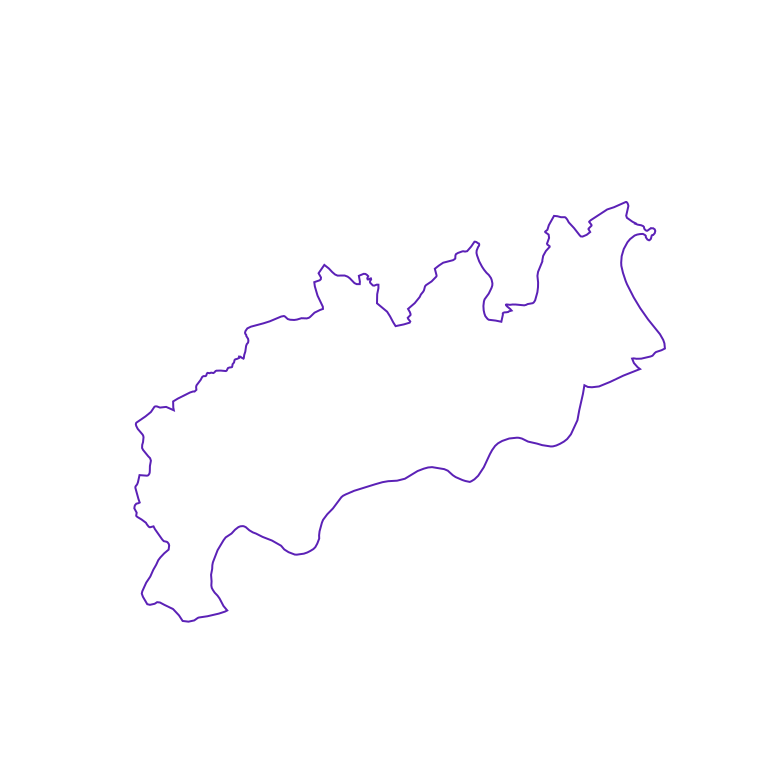 the district of Son Tinh, Quảng Ngãi, Vietnam, rotated 333°
{"feature_id": "81297802B15613357308975", "entity_name": "Son Tinh", "entity_type": "district", "adm_level": 2, "iso_a3": "VNM", "parent_name": "Vietnam", "parent_adm1": "Quảng Ngãi", "projection": "orthographic", "projection_center": [108.755, 15.196], "detail": "fine", "context": "isolated", "style": "outline", "palette": "violet", "viewbox_px": 768, "rotation_deg": 333, "n_neighbors": 0, "source": "geoboundaries", "source_scale": "gbopen_adm2", "svg_char_len": 6150}
<svg xmlns="http://www.w3.org/2000/svg" viewBox="0 0 768 768"><g transform="rotate(333 384 384)"><path d="M179.5,305.5L173.7,303.3L171.4,300.8L170.0,300.1L169.1,300.1L163.7,303.1L156.8,304.6L146.0,306.0L145.3,306.3L144.6,307.2L144.2,308.9L144.2,312.2L145.9,319.3L146.0,320.5L145.6,322.2L142.9,326.4L140.9,328.5L139.4,331.2L139.4,333.4L141.1,341.3L141.9,343.9L141.5,346.5L138.2,350.8L136.0,354.9L134.9,356.7L133.9,357.6L132.5,358.3L131.2,358.1L124.8,354.2L120.1,359.9L118.4,361.4L116.4,362.3L115.7,362.9L115.3,363.8L113.0,375.0L112.5,378.7L111.1,378.7L109.0,378.2L107.0,379.0L106.1,380.0L105.1,381.4L105.2,386.4L103.5,388.7L103.4,389.4L104.0,390.7L106.5,394.7L108.9,399.6L109.0,401.5L109.6,404.4L110.4,405.4L114.0,406.2L114.0,409.3L115.8,421.9L116.4,424.0L118.7,425.9L119.2,426.6L119.6,428.5L119.3,430.3L116.9,433.8L111.3,435.1L106.0,437.0L102.9,438.5L99.0,441.6L94.1,444.8L88.3,449.5L82.0,453.0L74.6,458.9L73.0,460.8L72.6,464.2L73.1,472.7L75.2,474.5L79.9,475.7L82.8,475.4L85.2,477.0L88.0,481.0L93.9,488.8L96.3,497.1L97.0,503.7L101.9,507.0L107.6,508.5L111.9,507.9L113.0,508.0L121.3,510.8L132.6,513.6L138.9,514.6L141.5,514.6L140.2,508.9L140.1,500.4L139.6,497.0L138.4,493.0L138.0,489.7L138.0,487.4L138.7,485.1L140.8,481.5L143.3,475.5L147.0,470.7L148.8,467.5L150.6,465.2L160.3,456.5L170.2,450.3L173.3,448.8L180.3,448.0L185.1,446.2L189.3,445.4L191.4,445.6L193.2,446.3L194.4,447.0L195.8,448.7L197.6,453.2L199.8,456.7L202.0,459.1L206.4,465.1L213.1,472.6L218.9,481.4L220.0,486.1L222.6,490.5L227.1,495.5L228.9,496.5L235.6,498.8L239.2,499.3L242.6,499.3L246.2,499.0L248.7,498.2L252.1,495.9L256.1,492.3L257.5,489.3L259.7,486.0L265.6,479.5L268.0,477.4L274.3,474.3L282.0,471.7L294.6,465.5L296.8,465.0L299.8,465.0L308.9,465.6L330.5,469.3L338.1,470.8L343.6,472.5L351.8,476.1L359.6,477.9L374.4,476.8L381.0,477.5L385.4,478.4L389.1,479.9L399.0,487.2L401.5,490.2L403.9,496.5L405.6,499.5L410.3,505.2L412.5,507.4L416.0,510.2L417.8,510.3L421.3,510.0L426.3,508.5L435.1,503.5L446.5,494.6L450.3,492.0L454.9,489.6L458.7,488.6L463.5,488.4L470.8,489.4L478.1,492.2L479.8,493.2L482.1,495.2L486.2,500.7L493.3,506.6L497.2,510.3L504.3,515.4L506.3,516.3L509.6,517.0L513.6,517.2L518.1,517.0L522.2,516.2L527.7,513.7L539.9,504.1L546.0,496.1L556.8,483.1L562.0,476.1L564.3,479.2L567.8,481.3L574.5,483.8L586.5,484.8L601.1,485.2L618.9,486.9L617.6,484.2L616.2,478.8L616.6,474.0L618.1,474.5L620.5,476.2L624.7,478.2L634.0,480.5L636.1,480.7L639.4,479.3L640.9,479.0L646.7,479.9L650.4,479.9L652.3,475.1L652.8,471.5L652.5,464.9L648.6,446.3L646.7,432.7L645.8,420.2L645.8,405.4L646.1,401.9L647.4,393.4L649.1,386.5L650.4,383.6L653.8,378.0L658.9,372.6L665.3,368.2L669.1,366.6L674.7,365.5L677.4,365.8L680.1,366.6L682.8,367.8L684.1,369.6L684.5,370.9L683.9,372.2L684.3,374.9L685.4,376.3L685.9,376.4L687.7,375.8L690.0,373.2L690.7,373.1L691.5,373.4L693.6,372.6L695.2,370.8L695.3,370.1L695.4,369.1L694.5,367.4L693.1,366.8L692.7,366.3L688.2,367.0L687.6,366.7L686.9,365.8L686.4,363.9L686.9,362.0L686.6,361.0L685.2,359.3L682.4,357.2L680.6,355.2L681.1,355.0L679.1,352.3L675.9,346.2L676.2,344.0L682.6,336.3L683.0,334.5L683.0,332.8L682.6,331.9L682.1,331.6L669.1,330.9L662.1,329.8L642.7,331.9L641.1,332.3L640.4,332.7L641.1,336.2L640.8,337.1L636.9,338.4L636.5,338.8L636.7,342.2L632.3,343.1L627.9,342.8L626.3,341.8L625.8,340.0L624.1,331.3L622.0,323.9L621.9,320.5L621.4,318.3L620.9,317.5L617.5,315.8L614.6,313.2L611.8,311.4L603.0,317.3L599.6,320.8L596.8,321.4L596.6,322.0L598.5,325.6L597.4,328.8L592.9,333.0L592.9,334.1L594.1,336.3L593.9,337.0L588.6,339.0L584.0,342.1L581.2,345.7L580.8,346.6L572.2,354.0L569.8,357.3L567.4,363.5L565.2,367.6L562.3,371.9L556.6,378.1L554.5,379.3L553.2,379.5L548.3,378.0L546.6,378.0L544.7,377.6L537.6,373.1L534.8,371.6L532.1,370.6L529.4,368.8L528.7,368.7L528.5,369.2L528.9,370.8L530.5,374.5L531.0,376.5L528.4,376.0L527.4,376.2L525.7,375.7L523.9,374.9L522.6,374.7L521.9,375.0L521.4,376.2L516.8,381.8L512.3,378.2L506.5,374.3L505.8,373.0L505.1,369.6L505.4,366.9L506.3,363.5L508.0,359.6L510.6,355.7L512.1,354.2L518.4,351.0L523.4,347.2L525.2,345.4L526.3,343.5L527.2,340.1L527.4,338.1L526.9,334.5L525.8,331.4L525.0,327.5L524.6,324.0L524.5,317.9L525.3,311.6L525.9,309.2L527.2,307.1L530.1,304.6L531.3,304.0L532.0,303.3L532.3,302.5L532.3,301.9L531.6,301.2L530.8,299.5L529.6,298.4L529.2,298.3L524.1,301.1L518.4,303.4L516.3,302.8L515.2,301.9L514.1,301.4L509.3,300.8L507.0,301.0L506.0,301.9L504.5,304.5L503.7,304.8L501.7,305.0L491.8,302.8L486.7,303.4L481.6,304.4L480.2,310.8L479.9,311.6L479.2,312.1L473.0,314.2L466.3,315.0L464.9,315.6L462.2,318.6L460.9,319.5L457.5,321.0L455.3,322.7L448.1,325.9L439.5,328.0L439.7,331.6L439.4,333.8L438.9,334.6L435.2,335.8L435.1,336.9L435.8,340.2L434.7,341.0L428.7,339.9L420.6,337.7L420.2,333.2L420.1,326.4L419.6,321.0L414.4,308.9L418.7,300.9L422.6,296.0L424.1,293.0L422.7,292.2L419.9,291.9L418.8,291.1L417.7,287.7L417.8,286.7L418.4,285.9L420.0,285.0L420.3,284.0L419.9,283.8L417.3,283.7L416.9,283.4L417.1,282.2L418.9,280.8L418.3,279.0L417.4,277.5L415.9,276.6L410.7,276.2L409.0,281.8L407.7,284.0L405.0,282.6L403.5,280.7L401.5,274.2L400.3,271.8L398.2,269.5L391.8,266.3L390.1,264.2L388.7,260.8L387.3,256.0L384.9,250.8L376.0,255.6L376.2,260.5L375.2,262.0L373.8,262.4L368.1,261.6L366.7,265.6L364.9,275.1L364.6,287.3L363.7,289.4L360.6,289.0L354.5,288.9L348.6,290.7L347.1,290.9L345.0,290.5L340.3,287.9L335.8,287.1L333.1,286.2L329.5,284.1L327.7,282.4L326.4,278.9L325.7,278.0L323.0,277.2L310.7,276.3L304.1,275.2L291.4,272.5L287.5,272.4L284.8,273.8L283.6,275.0L283.2,276.1L283.5,277.7L283.1,278.8L283.4,282.0L282.8,283.9L281.7,285.4L279.8,286.2L278.4,287.5L275.1,292.2L272.7,294.6L270.8,297.3L270.3,297.6L269.4,296.4L268.4,294.4L267.3,293.8L266.9,295.0L264.3,294.9L262.7,294.5L261.6,294.9L260.2,296.7L258.0,297.7L256.9,299.3L256.2,299.9L255.2,299.7L253.7,299.1L252.1,299.0L250.0,300.6L249.0,300.7L244.9,298.1L240.9,296.1L239.8,296.0L238.3,296.6L237.0,296.8L235.1,295.4L233.5,295.2L231.9,294.0L231.6,294.0L230.8,294.4L229.5,295.7L229.1,295.9L228.4,295.9L226.6,295.0L225.2,295.2L222.5,297.1L216.3,300.1L215.2,301.4L214.2,304.0L211.8,304.7L210.5,304.0L207.3,303.5L193.8,303.4L188.2,303.8L185.6,309.2L184.8,312.0L179.5,305.5Z" fill="none" stroke="#5b21b6" stroke-width="2"/></g></svg>